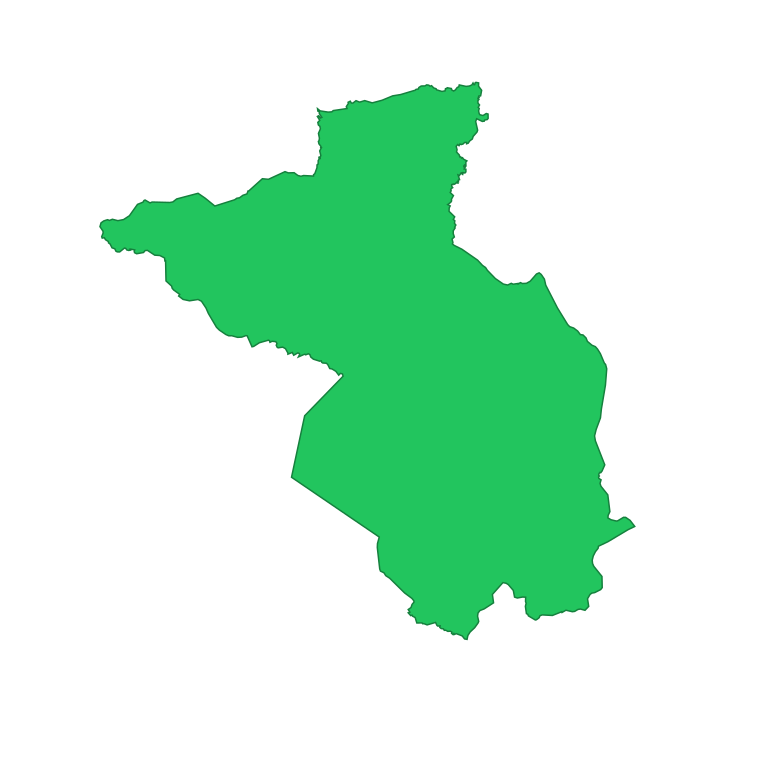 outline of Gourma, Gourma, Burkina Faso, rotated 250°
{"feature_id": "67063806B98154706729521", "entity_name": "Gourma", "entity_type": "district", "adm_level": 2, "iso_a3": "BFA", "parent_name": "Burkina Faso", "parent_adm1": "Gourma", "projection": "mercator", "projection_center": [0.724, 12.228], "detail": "fine", "context": "isolated", "style": "filled", "palette": "green", "viewbox_px": 768, "rotation_deg": 250, "n_neighbors": 0, "source": "geoboundaries", "source_scale": "gbopen_adm2", "svg_char_len": 6171}
<svg xmlns="http://www.w3.org/2000/svg" viewBox="0 0 768 768"><g transform="rotate(250 384 384)"><path d="M115.6,374.7L119.0,376.8L121.5,380.1L124.0,385.9L127.2,390.6L128.5,391.8L133.8,392.5L136.6,394.0L138.3,396.6L138.4,401.2L140.9,412.1L149.2,413.9L156.7,427.8L155.0,430.6L153.0,432.2L145.8,434.9L139.1,433.8L137.3,436.1L136.4,441.4L135.2,444.2L131.2,442.6L129.4,442.6L126.7,440.8L119.5,439.3L118.5,440.3L116.7,440.4L110.7,445.3L110.3,446.0L110.6,447.7L111.3,449.8L112.9,451.3L112.9,453.7L108.9,463.1L109.2,473.1L108.4,473.1L109.2,477.6L105.6,483.1L105.1,485.4L105.8,489.1L105.4,491.5L102.6,495.5L105.0,500.3L112.6,501.8L115.8,505.7L116.4,507.8L115.9,510.7L116.7,517.3L118.0,519.4L128.6,523.0L140.9,518.8L144.0,518.6L147.2,519.4L150.8,521.8L154.1,525.3L156.4,529.0L158.2,530.0L159.2,540.4L163.6,563.3L164.4,570.9L171.7,568.6L176.0,565.5L176.8,563.5L175.5,556.7L175.8,555.4L178.8,550.9L181.6,548.6L183.9,549.7L186.8,552.6L203.3,556.4L213.7,552.9L216.7,553.0L219.7,555.2L221.8,553.6L223.2,553.8L223.9,554.9L224.8,554.5L226.3,555.4L227.1,556.7L226.5,557.3L227.6,559.1L232.5,563.8L258.2,563.2L263.2,564.1L268.7,567.8L278.1,575.8L286.1,579.7L307.2,591.7L322.1,598.5L326.6,598.9L328.3,598.2L338.5,597.7L343.7,596.6L346.8,595.4L349.3,592.7L354.5,589.7L358.2,589.6L362.0,587.8L363.3,585.4L367.5,584.1L371.7,581.4L374.4,578.1L377.1,576.9L396.2,573.0L421.6,569.8L427.7,570.6L433.2,569.2L435.4,567.8L435.2,564.9L430.6,556.6L429.9,552.3L431.1,548.4L432.6,546.9L432.1,544.3L432.6,544.4L433.6,539.5L435.1,538.0L434.7,534.1L437.1,530.3L445.0,524.7L455.5,520.0L458.6,519.3L461.8,517.1L468.4,514.3L484.0,503.3L490.3,497.3L492.2,496.2L493.4,497.2L496.9,497.5L498.1,500.4L501.7,500.5L504.3,501.5L506.3,504.2L507.2,504.0L508.8,505.9L510.9,505.2L513.2,506.4L514.9,505.4L516.9,507.6L524.0,504.2L527.2,505.5L528.7,507.1L530.8,505.2L531.9,508.8L532.9,510.1L534.6,510.6L537.3,513.7L541.3,511.7L542.6,513.2L543.6,513.1L544.7,514.2L545.0,515.7L546.8,515.2L548.2,515.8L547.8,517.0L548.3,517.4L547.6,518.7L548.3,520.6L547.6,522.1L549.1,522.0L549.4,522.8L548.8,523.2L550.3,523.8L550.2,524.9L555.1,525.1L554.1,526.1L556.0,528.7L555.8,529.7L554.5,529.2L554.0,529.6L555.6,530.7L554.6,532.2L555.3,533.5L557.8,534.4L558.7,532.9L560.3,534.8L560.6,533.4L561.5,533.4L562.3,534.7L561.3,535.7L564.6,536.8L565.3,538.2L568.1,535.6L569.8,535.2L569.7,534.2L571.2,533.8L571.5,532.9L573.4,533.1L577.2,531.5L579.2,532.8L582.7,533.1L583.8,535.2L582.3,536.0L583.5,537.5L582.6,538.4L582.5,540.4L583.4,542.4L582.8,544.2L581.5,543.8L581.5,545.5L583.1,547.7L584.0,550.8L586.2,552.5L588.9,557.5L590.5,558.8L599.3,559.9L601.6,561.8L597.1,566.2L596.7,568.1L597.6,568.8L597.2,571.5L598.0,572.7L602.1,574.1L603.2,572.6L602.4,568.9L604.2,566.2L605.5,565.9L608.3,566.3L610.3,567.7L611.7,567.1L613.5,569.2L615.8,568.4L618.1,569.1L618.9,570.5L619.6,570.1L620.4,571.0L620.4,570.2L622.2,571.6L621.8,573.4L626.6,576.2L631.5,574.7L634.6,575.9L636.0,573.6L636.0,572.8L634.3,571.6L634.6,570.8L636.4,570.6L635.0,568.9L634.8,566.1L635.6,562.9L639.3,557.0L637.7,555.9L637.6,554.2L635.9,551.6L635.5,549.6L637.4,548.1L638.6,548.4L640.8,544.7L640.2,543.9L640.5,542.8L638.6,541.7L639.1,538.5L642.4,534.1L643.7,533.9L645.2,532.0L648.1,530.7L648.1,529.1L649.5,528.3L650.5,526.4L650.1,524.4L651.3,520.9L650.7,518.2L649.5,517.1L649.9,514.8L649.4,513.9L650.3,498.6L651.8,490.7L651.3,479.2L652.2,469.1L656.9,462.8L657.2,457.5L659.8,454.6L658.6,450.8L659.2,449.4L661.3,449.0L661.0,446.6L660.0,446.7L657.5,443.4L655.5,443.5L658.3,429.8L657.6,428.1L658.6,424.5L662.5,417.4L665.4,415.7L663.0,415.2L662.0,416.3L660.2,415.7L655.8,416.8L655.7,415.3L658.4,414.3L658.2,412.9L653.7,413.8L652.5,411.3L649.9,410.9L648.1,411.9L645.5,411.5L641.9,408.1L637.1,407.4L634.9,406.2L634.4,405.3L631.9,405.0L628.8,406.0L627.9,405.4L627.5,406.0L625.0,403.3L620.3,402.8L619.2,401.8L619.4,400.5L618.8,400.2L618.2,401.3L617.7,401.2L617.8,400.3L616.5,398.6L613.3,397.4L612.8,396.0L610.2,395.0L605.3,390.9L604.8,389.4L603.5,388.9L607.4,379.7L607.6,377.0L609.4,374.4L613.3,371.8L615.1,366.3L617.4,363.6L615.9,345.4L618.5,339.9L611.6,322.8L611.9,322.3L609.5,320.2L609.6,316.0L608.4,311.9L608.9,309.2L608.2,306.7L609.1,285.9L619.8,279.5L626.8,274.5L628.8,252.5L627.3,247.8L627.8,244.9L634.3,228.3L634.2,226.1L638.6,222.4L638.5,221.2L637.3,219.7L637.1,213.8L629.2,202.3L627.6,195.5L628.5,189.8L631.7,185.1L631.6,181.9L632.9,180.5L633.0,179.3L633.1,176.4L632.2,173.2L629.0,170.9L623.7,172.2L621.9,171.7L619.0,169.1L617.5,169.1L617.1,171.3L614.9,171.6L612.2,173.7L610.8,173.4L609.2,174.5L605.0,175.0L603.1,177.3L600.5,177.5L599.4,178.5L598.5,180.8L600.5,186.6L599.8,187.7L598.0,188.1L596.8,189.8L596.5,191.6L597.6,191.4L597.4,192.1L595.3,195.6L594.3,194.7L592.7,194.5L591.0,196.1L589.8,203.0L591.1,205.2L590.5,207.4L583.5,212.6L581.4,217.3L577.5,220.9L574.6,220.2L574.5,220.9L555.4,214.4L548.7,217.9L546.3,217.7L544.1,218.6L538.1,222.7L536.9,221.1L532.2,224.1L528.7,229.7L527.0,238.2L524.2,240.8L516.3,242.7L510.3,243.1L494.6,246.0L491.0,247.7L484.6,252.3L482.4,254.6L481.4,257.5L477.9,262.4L476.7,266.4L476.7,270.8L476.1,271.9L464.1,272.7L463.9,274.4L465.4,281.0L464.7,290.4L463.9,291.2L462.2,291.1L462.4,293.5L460.8,296.8L458.7,297.3L457.3,296.0L455.0,296.2L454.2,296.9L453.3,301.4L450.9,303.5L446.0,304.3L444.9,303.9L445.0,308.6L441.9,309.0L442.7,313.7L441.6,314.9L440.6,314.8L438.7,312.8L439.1,318.5L439.0,319.9L438.2,320.4L438.3,323.3L436.9,324.4L434.4,324.4L431.5,326.1L427.5,331.3L427.2,332.9L425.7,332.9L424.7,333.6L423.2,337.0L421.5,337.8L417.1,338.3L415.9,340.3L412.4,343.1L407.8,344.5L408.9,346.6L407.7,348.4L405.3,348.2L381.3,298.6L328.0,265.2L241.8,327.2L236.3,323.3L232.7,321.8L211.6,316.7L209.4,316.7L206.6,319.4L203.3,320.1L199.6,322.9L180.6,331.9L173.0,336.9L170.1,337.9L168.8,337.6L167.3,335.0L164.7,332.9L163.8,329.6L160.8,330.3L160.7,328.5L157.2,329.9L157.2,331.3L156.0,331.5L153.9,333.4L148.2,333.1L146.5,338.0L145.5,338.3L145.1,339.6L142.9,342.1L142.3,350.9L139.0,351.2L138.1,351.8L137.5,354.0L136.2,353.2L134.6,354.1L133.6,356.1L131.9,356.4L131.5,357.8L129.7,359.4L129.0,361.8L127.6,362.9L126.6,362.2L124.9,363.2L125.6,364.3L124.6,364.4L124.7,366.5L121.9,369.8L120.4,371.4L116.9,372.5L115.6,374.7Z" fill="#22c55e" stroke="#15803d" stroke-width="1.5"/></g></svg>